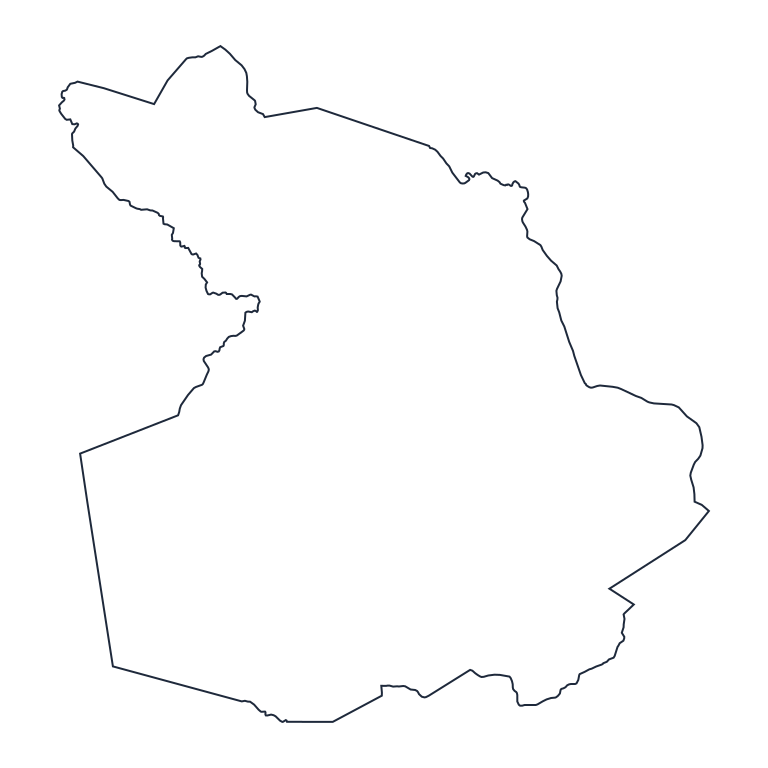 the district of Jesus de Otoro, Intibucá, Honduras
{"feature_id": "27666195B82528281460638", "entity_name": "Jesus de Otoro", "entity_type": "district", "adm_level": 2, "iso_a3": "HND", "parent_name": "Honduras", "parent_adm1": "Intibucá", "projection": "albers", "projection_center": [-88.024, 14.542], "detail": "fine", "context": "isolated", "style": "outline", "palette": "slate", "viewbox_px": 768, "rotation_deg": 0, "n_neighbors": 0, "source": "geoboundaries", "source_scale": "gbopen_adm2", "svg_char_len": 6032}
<svg xmlns="http://www.w3.org/2000/svg" viewBox="0 0 768 768"><path d="M220.4,46.1L211.9,50.9L205.8,53.9L204.1,55.7L202.5,56.7L201.4,56.9L198.1,56.3L195.5,57.3L192.6,57.3L188.9,57.8L187.0,58.3L186.0,59.2L167.6,80.4L154.1,104.1L103.9,88.2L77.5,81.6L75.1,82.8L70.3,83.8L67.7,87.3L67.1,89.1L66.7,89.8L65.1,90.7L63.2,91.0L62.3,91.7L61.6,94.1L61.8,96.9L62.5,97.9L63.7,97.8L64.2,98.0L64.5,99.6L63.7,100.8L61.9,102.3L59.1,105.4L59.9,108.7L59.3,110.2L59.6,111.2L61.2,113.8L65.2,118.9L66.7,119.8L70.3,119.4L72.3,124.1L74.6,124.3L76.8,123.4L77.6,123.7L78.1,124.3L77.6,125.9L75.4,128.5L74.1,131.6L72.3,133.4L72.0,134.1L72.3,140.5L73.2,145.5L73.1,147.3L83.3,156.1L101.5,177.3L102.3,178.4L104.3,183.7L106.3,186.6L112.6,191.8L117.8,198.4L119.4,199.9L120.8,200.1L123.5,199.9L128.5,201.0L129.5,201.8L130.0,204.5L130.6,205.6L135.9,208.2L137.3,208.7L139.8,209.1L141.1,209.8L147.1,209.3L150.3,210.4L152.5,210.5L157.6,212.8L158.7,213.8L159.0,215.1L159.8,215.8L162.9,216.5L163.1,217.1L163.0,218.5L163.5,223.7L164.5,224.2L167.3,224.5L173.8,228.2L173.0,232.9L171.8,234.9L172.2,238.5L172.0,239.6L172.4,240.4L173.2,241.0L174.4,241.2L179.7,241.3L180.2,242.3L180.3,245.4L180.8,246.3L181.5,246.6L184.4,245.9L184.8,246.6L184.8,247.6L185.2,248.0L185.8,248.1L188.2,247.9L191.5,254.0L192.2,254.4L193.2,254.5L196.1,253.5L197.4,254.9L198.5,257.7L199.4,258.2L200.3,258.4L200.5,259.5L199.7,261.4L200.1,263.9L199.9,264.6L199.3,265.0L199.2,265.7L200.1,267.1L202.2,268.9L202.1,271.0L201.7,273.3L202.1,276.7L204.4,278.9L207.1,282.4L205.8,284.5L205.6,287.6L206.5,290.9L208.0,294.0L208.8,294.3L210.2,294.3L212.5,292.8L213.2,292.6L216.4,293.7L217.9,294.7L219.0,294.9L220.2,294.5L222.6,292.7L225.5,292.5L226.0,292.8L226.7,294.0L230.3,294.0L232.0,294.4L235.3,297.8L235.9,298.7L236.5,298.9L237.2,298.7L238.8,296.9L240.1,296.1L241.8,295.9L246.6,296.4L250.0,294.8L251.0,294.6L254.4,296.4L256.0,296.3L257.6,296.6L259.7,301.5L259.5,302.1L258.6,303.4L258.2,304.7L257.7,307.4L257.9,310.2L257.2,311.8L256.9,311.9L255.7,310.9L254.8,310.6L253.2,311.2L251.8,312.2L248.1,311.5L246.5,311.9L245.4,312.7L244.9,320.7L243.1,325.7L244.3,329.0L244.2,329.7L243.6,330.6L236.9,335.5L235.6,335.9L233.4,335.8L231.0,336.1L228.8,336.9L227.2,338.6L225.9,340.7L224.3,341.9L223.8,343.3L223.8,345.0L223.4,346.0L220.2,347.2L219.7,348.4L219.4,350.4L218.7,351.5L217.5,351.8L215.6,351.2L214.2,351.4L211.1,354.6L206.1,356.0L204.1,357.6L203.5,359.2L203.8,361.0L208.0,367.3L208.6,368.6L208.8,369.8L208.4,371.4L206.8,374.7L203.6,382.5L202.8,384.1L202.0,384.8L195.9,387.0L193.9,388.1L188.0,395.0L181.0,405.2L179.8,408.6L179.2,412.0L178.1,415.3L80.1,453.6L87.3,501.9L112.9,666.4L241.8,701.4L244.9,700.8L247.8,701.6L250.1,701.7L254.1,704.6L258.6,709.7L260.8,711.6L261.6,711.8L264.5,711.6L265.2,711.7L265.5,712.4L265.4,714.4L265.8,715.4L267.3,715.5L271.1,714.6L273.6,715.2L275.6,716.3L280.1,720.7L282.3,721.9L283.0,721.8L285.8,720.1L286.6,720.6L287.0,721.8L332.7,721.9L381.8,695.7L381.9,692.6L381.3,685.8L386.0,685.9L387.6,685.6L389.5,685.6L393.1,686.6L397.2,686.3L398.9,686.5L403.2,686.0L405.2,686.3L410.6,689.5L415.2,690.0L417.1,691.0L418.1,692.3L419.0,694.1L421.8,696.7L424.5,697.4L426.0,697.1L428.8,695.7L470.1,669.9L472.4,670.7L475.2,673.2L477.7,675.0L480.0,676.4L481.5,677.0L483.8,676.8L488.3,675.5L494.5,674.7L499.9,674.9L509.5,676.6L510.7,678.1L512.0,681.2L512.7,684.2L512.8,687.5L513.2,689.2L514.6,690.9L516.3,692.1L516.9,693.1L517.3,695.0L517.3,701.5L518.8,704.7L520.1,705.7L522.1,705.7L524.6,705.0L535.8,705.0L537.5,704.4L542.8,701.3L546.6,699.4L551.1,698.0L555.3,697.6L556.2,697.2L558.0,695.8L559.9,693.5L560.6,689.9L561.4,688.9L563.2,688.4L564.7,687.7L565.7,687.0L567.2,685.3L569.0,684.4L570.9,684.0L575.1,684.0L576.5,683.4L578.3,679.9L579.2,675.1L579.7,674.1L584.6,671.9L589.4,669.3L591.6,668.7L596.2,666.5L601.6,664.6L602.7,664.0L603.3,663.2L606.8,661.8L609.0,659.4L613.6,657.7L614.7,655.9L617.5,647.0L618.4,645.7L619.7,643.2L623.4,640.7L624.2,638.4L624.3,636.8L621.8,632.8L623.6,627.3L623.7,624.4L624.5,618.9L623.6,614.4L624.5,613.3L633.8,604.5L609.4,588.7L685.3,540.1L708.9,511.0L701.8,504.9L694.6,501.7L694.4,494.2L693.6,487.4L691.2,479.6L690.3,475.6L690.8,472.7L693.8,464.6L695.2,461.9L698.2,458.8L700.4,455.6L702.5,448.2L702.6,445.2L701.5,436.8L699.3,427.2L696.4,423.2L686.9,416.4L678.8,407.4L673.9,405.1L671.6,404.5L653.9,403.4L649.3,402.4L647.5,401.7L641.3,397.9L635.9,396.0L621.0,389.0L617.7,387.7L612.6,386.8L600.0,385.5L597.2,386.0L592.7,387.5L591.0,387.7L589.3,387.2L587.2,385.9L586.2,385.1L585.9,384.1L584.8,383.2L580.9,375.0L574.3,355.9L573.0,350.9L569.2,341.9L564.3,326.5L561.3,320.5L559.2,312.3L557.6,308.2L556.9,301.7L557.4,299.5L557.5,297.7L556.8,295.2L556.4,290.8L557.0,288.9L560.6,281.4L561.7,275.8L561.3,273.7L560.1,271.4L558.6,269.3L556.7,265.5L551.1,260.7L546.9,255.9L542.7,250.0L541.4,246.7L540.4,245.1L534.1,241.1L529.7,239.3L527.4,237.5L527.1,236.2L527.4,231.5L527.0,229.8L525.5,226.6L522.9,222.5L522.4,221.4L522.0,219.1L522.3,217.6L527.5,209.1L525.0,202.9L524.1,201.8L523.8,200.9L524.0,200.5L527.3,198.5L528.1,196.5L528.2,194.2L527.9,192.1L527.1,189.5L526.1,188.2L525.0,187.7L521.4,187.3L520.2,187.0L519.7,186.4L519.4,185.2L518.5,183.6L515.5,181.2L514.5,181.4L513.4,182.3L512.4,184.1L512.1,185.5L511.5,185.9L510.6,185.8L509.3,184.8L508.2,184.4L507.6,184.5L507.0,185.0L506.2,184.7L505.3,185.4L503.6,185.1L500.5,183.7L499.5,182.1L497.6,180.6L492.1,178.1L488.3,173.1L485.7,172.3L483.2,172.5L479.0,174.6L477.1,173.2L476.1,173.3L475.1,173.9L473.8,176.5L473.1,176.9L472.3,176.5L469.6,173.6L468.4,173.1L467.4,173.2L466.3,174.4L465.7,175.9L468.0,177.1L469.0,178.1L469.4,179.1L469.0,180.2L465.3,182.9L464.2,183.4L462.4,183.5L460.9,183.2L459.8,182.4L452.3,172.6L449.2,166.3L446.4,163.4L443.1,158.5L440.5,155.9L437.5,151.8L435.2,149.7L432.2,148.3L430.1,148.0L429.1,146.0L316.9,107.9L264.7,117.1L263.0,114.1L258.0,112.2L255.4,109.8L254.7,108.5L254.4,107.3L255.7,104.3L255.1,101.0L254.6,100.3L249.0,95.8L247.5,93.7L247.1,92.4L247.0,90.2L247.3,81.8L246.9,76.2L246.3,72.9L244.5,69.1L241.6,65.3L235.3,60.1L229.9,53.8L225.3,49.6L220.4,46.1Z" fill="none" stroke="#1e293b" stroke-width="2"/></svg>